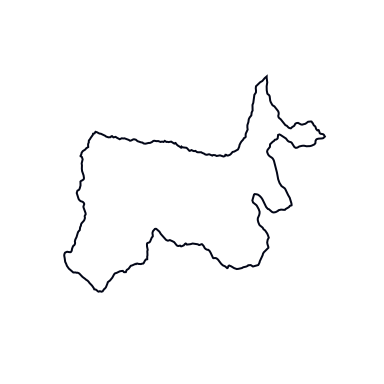 the district of Sacama, Casanare, Colombia, rotated 337°
{"feature_id": "7082276B28125615795996", "entity_name": "Sacama", "entity_type": "district", "adm_level": 2, "iso_a3": "COL", "parent_name": "Colombia", "parent_adm1": "Casanare", "projection": "equal_earth", "projection_center": [-72.205, 6.05], "detail": "fine", "context": "isolated", "style": "outline", "palette": "ink", "viewbox_px": 384, "rotation_deg": 337, "n_neighbors": 0, "source": "geoboundaries", "source_scale": "gbopen_adm2", "svg_char_len": 6063}
<svg xmlns="http://www.w3.org/2000/svg" viewBox="0 0 384 384"><g transform="rotate(337 192 192)"><path d="M67.2,247.3L68.4,247.3L69.7,248.4L70.9,248.5L73.1,247.1L74.2,246.8L75.6,246.0L78.3,243.3L79.3,242.1L82.0,241.4L85.2,239.7L88.2,237.3L89.4,236.8L91.0,237.0L94.5,236.8L96.3,237.2L97.5,237.6L98.0,239.1L98.2,239.3L99.8,239.9L101.0,238.6L101.7,238.2L103.6,237.9L106.8,236.0L108.3,236.2L111.2,236.1L112.2,236.5L112.6,236.2L113.9,236.6L114.5,237.2L116.8,238.4L118.4,238.5L118.9,238.8L119.7,238.6L121.6,237.0L123.1,236.1L124.5,236.4L125.6,233.8L126.3,232.8L127.8,228.9L128.6,228.0L129.3,224.6L130.2,222.3L130.5,221.9L130.9,221.6L131.5,221.6L133.1,221.7L134.0,221.3L137.2,218.2L138.5,217.6L139.1,216.2L139.3,215.1L139.7,214.1L140.8,212.8L143.4,211.5L144.0,211.6L144.7,212.0L146.5,215.7L146.9,218.5L149.4,225.9L150.5,227.2L151.3,227.5L152.8,227.6L154.7,229.6L156.0,231.2L157.0,234.8L157.5,235.8L158.4,236.4L160.1,236.7L160.5,237.6L161.1,237.9L163.6,237.9L165.1,237.1L165.9,236.9L166.5,237.4L166.5,238.2L166.7,238.4L170.1,239.4L172.5,239.7L176.9,242.4L177.6,243.4L178.1,243.7L180.5,243.8L180.9,244.1L181.6,246.2L181.8,248.6L182.3,249.8L183.5,251.2L184.4,251.6L185.1,253.0L185.4,255.1L185.6,260.9L185.9,261.3L187.5,261.8L188.6,262.6L189.5,264.3L190.8,269.5L191.7,271.5L193.5,273.5L194.6,275.8L195.2,275.8L196.6,274.4L197.5,274.2L199.0,275.7L201.1,278.6L203.1,280.4L204.8,280.9L208.2,281.5L209.8,281.3L212.5,281.8L214.4,281.8L215.1,281.4L217.5,282.2L219.0,284.4L224.4,285.1L224.9,284.8L226.7,283.2L227.2,282.4L232.4,277.7L233.2,276.6L234.5,275.6L240.5,273.2L240.8,272.5L241.1,269.4L241.5,267.8L243.0,265.5L244.8,264.1L245.0,261.7L245.0,259.6L244.3,256.0L243.3,254.3L243.1,252.4L241.4,249.2L241.2,248.5L241.2,245.8L241.6,243.4L242.4,241.8L244.8,239.5L245.8,238.1L246.5,236.6L246.7,234.0L246.3,229.9L246.0,229.0L244.1,225.5L244.3,223.3L248.1,218.6L248.9,218.4L250.8,219.5L251.8,220.4L252.8,222.1L253.6,224.2L254.0,226.4L254.4,234.8L255.2,237.2L256.0,237.8L257.8,241.5L258.4,242.2L259.3,242.8L261.2,243.2L263.7,243.0L264.5,242.6L267.1,243.0L269.9,244.5L270.7,244.7L271.4,244.3L275.3,243.8L276.7,243.0L278.4,243.2L278.6,243.0L279.1,241.2L279.7,235.5L279.3,232.5L279.0,225.9L278.8,224.9L278.4,224.2L276.7,221.5L276.1,217.9L276.3,214.0L277.8,207.2L279.6,195.4L279.6,194.2L279.4,192.7L278.9,191.6L277.5,189.5L276.9,188.1L276.7,186.5L276.8,184.5L277.1,183.8L278.1,182.7L281.3,181.0L282.5,178.6L285.9,177.3L287.5,177.0L288.6,176.3L290.2,176.6L291.2,176.4L291.8,176.1L293.6,173.1L295.0,173.2L295.8,174.1L299.4,179.5L300.1,182.2L300.7,183.3L302.6,184.9L303.0,185.6L303.7,189.9L303.9,190.8L304.9,192.0L306.5,192.3L308.6,192.0L311.4,192.5L313.1,193.1L315.4,194.7L316.8,195.2L318.7,195.9L320.3,196.1L323.3,196.0L324.7,195.2L325.7,193.2L326.8,192.3L327.6,192.1L329.2,192.3L332.6,193.5L333.9,193.7L336.0,192.9L335.7,190.8L335.2,190.0L333.0,188.5L332.6,187.8L332.8,185.3L332.8,184.6L332.5,184.3L331.5,184.3L331.1,183.2L330.9,182.4L331.1,180.1L330.8,179.2L330.2,178.3L330.1,177.2L330.1,175.9L329.8,175.4L329.6,174.0L329.2,173.6L326.3,172.7L323.1,173.5L319.6,173.0L318.6,172.3L316.6,169.8L315.1,169.4L313.8,169.5L312.0,171.0L309.5,171.4L308.0,172.0L307.4,171.8L306.1,170.6L305.1,168.0L304.1,167.0L302.0,159.5L301.3,158.4L300.9,157.2L301.1,155.7L302.2,154.2L302.7,153.1L302.9,151.4L301.3,145.4L300.2,143.9L299.9,143.1L299.6,140.0L299.7,138.4L300.8,134.6L300.9,133.5L300.6,132.5L300.0,131.6L299.8,130.9L300.5,127.7L302.0,123.9L304.1,120.5L305.3,116.2L305.9,114.8L303.4,115.6L300.1,117.3L297.6,117.6L292.2,119.7L291.2,121.5L290.5,123.8L289.7,125.4L287.4,126.9L283.3,133.8L281.7,135.5L279.6,140.7L278.0,142.1L276.5,144.7L274.2,145.9L272.7,147.2L271.2,149.7L269.1,152.1L268.2,154.2L267.6,156.3L264.4,159.2L263.6,160.5L263.0,162.2L262.2,162.6L260.7,162.8L259.7,163.7L257.1,164.9L256.1,165.6L254.2,167.2L253.1,168.8L251.0,170.8L246.8,171.3L245.0,171.0L242.4,172.3L241.1,172.6L239.4,172.5L238.5,172.1L238.2,171.3L237.3,170.8L236.2,171.8L234.8,171.6L232.1,169.2L228.8,168.5L227.5,167.0L225.7,166.2L224.9,166.4L222.7,164.1L221.9,163.8L220.5,163.6L219.6,163.2L218.8,162.5L218.1,161.4L216.7,160.0L216.0,159.0L212.9,157.7L212.2,157.2L211.2,155.5L209.9,155.2L209.2,154.7L207.9,153.2L206.4,153.3L205.7,153.1L204.5,149.7L204.1,149.1L200.6,147.1L200.1,146.2L199.4,147.0L199.2,146.9L198.3,145.3L197.4,144.2L196.5,142.4L196.0,140.4L195.8,140.3L194.8,140.6L194.5,140.4L192.5,137.5L189.9,136.9L189.1,136.3L188.0,135.9L186.9,134.3L185.4,134.8L184.1,133.9L182.7,133.7L180.8,131.9L179.3,131.4L177.3,130.1L176.4,129.9L174.4,130.4L172.5,130.4L171.3,129.9L168.2,129.4L166.8,128.7L166.2,128.1L165.8,127.2L164.5,126.4L161.7,123.9L160.8,122.0L159.7,121.1L158.6,120.6L156.2,120.8L155.0,120.6L154.1,119.3L150.8,116.2L149.7,115.9L148.3,115.1L146.1,115.2L144.2,112.9L143.2,111.4L141.0,111.0L140.2,109.3L139.5,109.2L138.4,109.7L136.4,109.0L134.6,107.4L134.0,106.3L130.9,102.8L129.6,102.0L127.9,99.9L126.7,98.9L125.1,100.0L123.7,99.7L123.0,100.7L120.2,102.4L118.4,103.7L117.5,104.1L116.9,104.7L116.4,106.0L115.5,106.8L114.8,107.9L114.0,110.1L111.8,110.4L110.3,111.2L107.4,111.7L105.8,112.7L104.7,114.2L103.5,115.2L103.4,115.6L104.1,116.3L104.3,116.8L104.1,119.2L101.6,122.6L101.1,124.5L99.7,127.5L99.0,129.8L98.7,134.3L98.0,137.0L97.2,138.0L95.7,138.4L94.5,138.4L93.4,138.8L91.9,142.5L89.9,145.0L88.9,145.8L87.1,146.0L86.7,146.4L85.5,147.9L84.9,154.1L85.2,155.5L85.9,156.9L87.3,158.1L87.8,158.8L88.2,160.1L88.1,161.0L86.4,162.9L86.1,163.9L85.8,169.6L85.5,170.8L85.2,171.2L84.2,171.8L83.7,172.5L83.4,173.8L83.0,174.5L81.6,176.0L77.9,177.8L77.0,178.8L76.6,179.6L75.3,180.7L73.8,183.2L71.8,184.1L70.8,185.1L68.0,188.5L66.1,190.1L64.9,191.7L64.5,193.2L64.0,194.0L62.8,195.0L61.8,195.1L60.8,195.9L59.4,197.4L58.3,199.1L57.1,199.9L56.6,199.9L55.5,199.4L53.7,198.2L51.7,198.2L51.2,198.4L50.2,199.4L49.5,200.7L49.0,203.0L48.0,206.7L48.1,208.9L48.0,211.1L48.7,214.4L51.3,219.7L53.5,220.6L54.1,221.2L55.0,221.5L55.6,222.0L56.4,223.0L58.0,227.3L59.8,230.4L60.4,231.7L61.0,232.4L61.7,233.9L62.1,235.7L63.4,239.1L64.0,242.0L64.0,243.4L65.2,244.1L66.1,245.6L66.5,246.6L67.2,247.3Z" fill="none" stroke="#020617" stroke-width="2"/></g></svg>